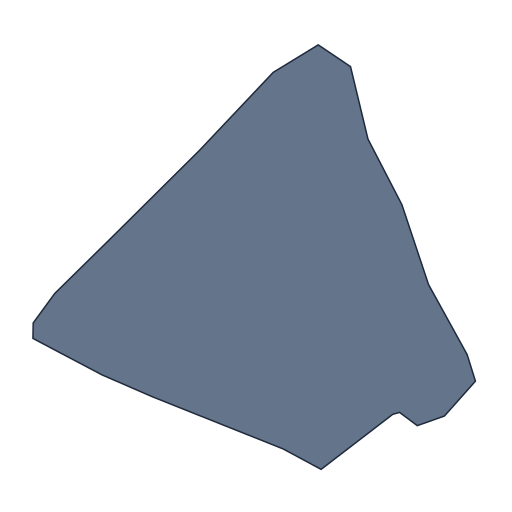 the border of Telford and Wrekin, rotated 91°
{"feature_id": "GBR-2121", "entity_name": "Telford and Wrekin", "entity_type": "Unitary Authority", "adm_level": 1, "iso_a3": "GBR", "parent_name": "United Kingdom", "parent_adm1": "", "projection": "mercator", "projection_center": [-2.456, 52.714], "detail": "fine", "context": "isolated", "style": "filled", "palette": "slate", "viewbox_px": 512, "rotation_deg": 91, "n_neighbors": 0, "source": "natural_earth", "source_scale": "10m", "svg_char_len": 437}
<svg xmlns="http://www.w3.org/2000/svg" viewBox="0 0 512 512"><g transform="rotate(91 256 256)"><path d="M377.3,34.4L412.7,64.8L422.8,91.8L409.9,109.7L411.9,116.5L468.2,187.2L448.4,225.6L398.9,356.3L377.7,407.6L356.5,449.6L342.3,477.6L326.8,477.6L297.0,456.6L237.6,398.3L151.3,314.3L72.1,242.0L43.8,197.5L65.0,164.8L137.1,146.1L202.2,111.0L281.5,83.0L350.8,43.2L377.3,34.4Z" fill="#64748b" stroke="#1e293b" stroke-width="1.5"/></g></svg>